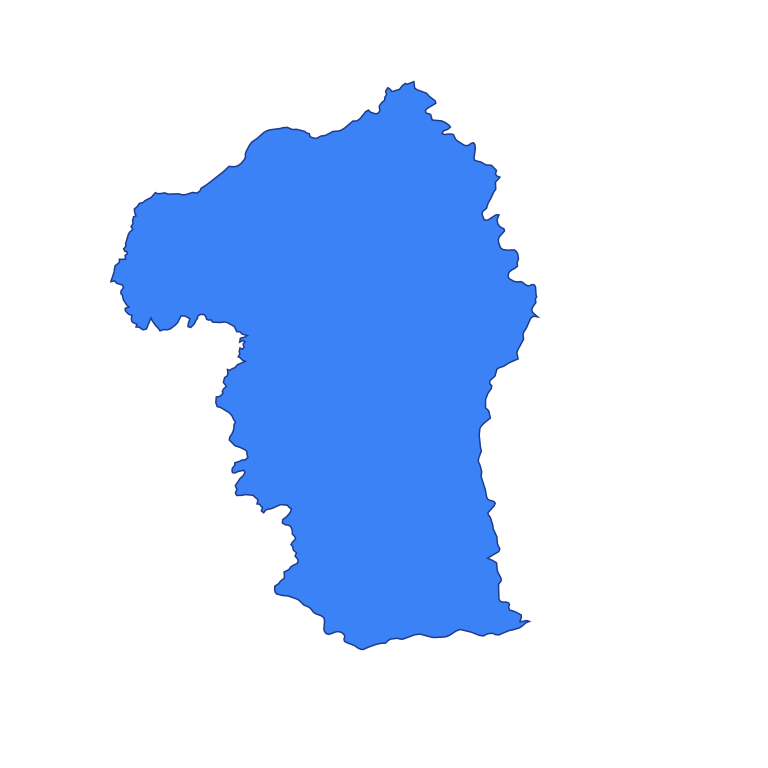 the district of Pontal do Araguaia, Mato Grosso, Brazil, rotated 63°
{"feature_id": "56859067B86336317934865", "entity_name": "Pontal do Araguaia", "entity_type": "district", "adm_level": 2, "iso_a3": "BRA", "parent_name": "Brazil", "parent_adm1": "Mato Grosso", "projection": "equal_earth", "projection_center": [-52.708, -15.917], "detail": "fine", "context": "isolated", "style": "filled", "palette": "blue", "viewbox_px": 768, "rotation_deg": 63, "n_neighbors": 0, "source": "geoboundaries", "source_scale": "gbopen_adm2", "svg_char_len": 6170}
<svg xmlns="http://www.w3.org/2000/svg" viewBox="0 0 768 768"><g transform="rotate(63 384 384)"><path d="M325.9,205.9L323.6,207.1L320.9,213.1L318.5,216.6L316.3,218.1L313.9,218.2L309.8,217.6L307.5,216.7L305.4,214.8L302.3,207.1L300.2,206.7L296.8,209.2L293.5,209.9L289.1,208.9L285.6,204.8L284.1,207.1L285.1,217.2L283.2,220.2L277.4,219.6L275.1,217.9L274.0,212.9L270.2,209.2L267.1,204.5L262.8,199.1L261.2,196.0L254.7,193.0L252.4,186.8L249.5,189.3L247.1,189.1L244.8,186.8L237.9,189.0L235.1,193.6L229.8,197.2L228.0,199.6L225.8,201.6L223.8,201.4L215.8,195.8L211.8,194.3L209.6,194.8L209.2,197.4L209.7,200.9L208.1,203.8L200.1,208.6L198.0,209.1L193.3,208.9L191.4,211.2L189.0,217.1L187.4,218.6L185.5,216.3L186.0,211.7L185.3,208.2L183.1,208.5L179.2,210.4L175.8,213.1L170.7,221.2L164.9,220.1L161.6,223.5L159.0,223.0L158.0,219.6L157.4,210.4L155.1,209.8L147.9,213.2L144.2,214.1L136.7,221.1L134.1,222.3L128.1,220.1L127.5,227.1L125.9,228.6L126.5,232.4L128.5,236.4L127.1,244.1L123.6,244.9L121.7,246.2L123.9,249.7L127.5,250.5L129.0,253.2L131.3,254.4L132.5,258.8L134.3,262.1L138.9,263.8L140.1,266.6L139.3,269.0L135.9,272.5L132.9,273.5L133.0,276.6L136.7,284.9L137.3,288.7L135.6,292.4L138.1,303.2L138.4,306.8L138.1,309.3L135.8,314.9L135.9,323.3L134.4,328.0L134.6,332.4L132.9,335.1L130.2,337.5L127.0,337.0L125.1,339.0L122.9,340.0L117.3,346.4L115.6,350.2L111.4,353.7L109.8,357.6L109.2,360.5L105.6,370.7L105.2,374.2L105.4,377.1L107.6,385.6L108.4,391.9L109.9,395.1L114.5,401.6L116.4,403.3L118.4,404.1L120.5,406.3L122.6,411.2L123.2,415.2L122.6,418.2L121.3,420.9L119.7,423.3L121.8,430.3L123.5,438.9L125.9,451.3L126.6,458.2L128.6,460.7L128.9,464.1L126.4,467.6L125.4,474.0L124.1,477.6L121.4,480.5L116.8,490.1L114.2,492.5L112.9,496.6L111.6,499.4L109.7,500.8L112.1,506.8L112.1,513.4L112.9,516.4L112.0,520.0L113.8,523.1L114.8,527.1L118.2,528.3L121.7,528.7L121.3,531.2L124.2,533.8L127.2,534.9L128.9,537.9L132.1,537.6L133.3,541.9L134.9,544.1L141.6,550.5L144.2,551.5L145.3,554.6L148.0,554.7L149.5,553.0L151.4,553.4L152.0,556.4L155.3,557.4L154.2,560.5L152.7,563.2L155.5,564.5L156.5,569.7L158.5,571.5L161.2,573.2L168.8,580.9L169.9,577.2L173.0,576.4L177.0,572.2L180.0,572.4L181.7,576.1L184.0,577.4L186.4,576.8L190.5,578.0L196.9,577.4L199.6,576.3L199.1,580.3L201.2,581.2L204.0,580.6L206.5,579.4L208.4,577.4L211.2,579.6L213.4,580.2L215.4,579.7L218.7,577.0L220.6,579.1L222.2,576.4L226.3,574.2L227.2,570.8L219.4,561.7L221.9,561.8L228.2,561.0L231.2,560.0L235.0,559.4L235.5,555.6L237.3,552.5L237.9,549.4L236.8,543.4L235.7,540.1L231.1,533.8L233.3,530.3L237.8,527.3L241.1,530.8L243.9,532.6L245.9,530.5L244.2,525.5L242.0,522.8L240.9,520.5L239.0,519.1L238.6,516.5L240.1,513.1L243.0,512.1L245.7,512.7L247.4,511.3L248.4,509.0L251.1,508.6L255.1,501.6L256.1,498.2L257.9,495.9L264.8,491.2L270.5,491.5L272.0,488.7L275.2,487.7L278.8,483.8L279.0,487.1L278.0,491.2L281.2,493.6L281.2,490.1L283.2,488.6L284.4,491.4L287.8,492.1L288.7,494.6L286.5,495.9L289.1,498.2L291.9,498.8L293.6,501.6L295.3,500.2L298.2,499.5L300.8,497.3L300.3,505.8L301.8,509.7L301.4,512.3L301.8,515.1L300.0,516.9L303.9,518.4L305.7,520.2L305.9,523.1L309.6,526.4L314.5,525.5L315.6,529.3L317.2,531.5L319.4,531.8L320.5,536.0L319.4,539.3L324.2,542.3L328.4,542.9L330.4,540.5L339.3,535.0L343.1,533.9L347.5,534.1L350.4,533.6L352.0,536.0L355.0,537.7L357.7,540.0L359.5,542.3L361.3,545.5L363.6,547.3L371.3,544.8L375.7,540.6L380.0,537.4L381.9,536.9L384.4,538.0L387.6,538.6L388.5,542.3L387.3,544.9L387.3,547.9L386.5,552.7L388.8,554.1L390.2,557.3L392.2,558.8L394.2,559.2L395.7,557.0L395.7,553.5L397.4,547.9L399.8,548.2L401.8,551.1L402.8,555.0L407.1,562.7L411.0,562.9L413.7,565.9L416.4,565.9L418.4,561.8L419.8,557.4L423.6,551.3L430.0,548.9L433.2,551.6L434.7,549.3L436.7,549.2L439.0,548.3L441.4,550.9L444.1,549.7L442.5,546.2L444.0,540.6L444.5,530.8L448.2,525.1L451.3,524.4L453.0,523.1L455.3,525.2L456.6,527.5L458.1,531.4L458.8,535.6L461.6,537.7L464.7,535.8L466.2,533.4L468.5,531.8L472.8,532.2L476.2,533.8L479.1,532.8L482.0,533.1L483.2,536.9L484.8,539.8L487.4,539.1L490.7,540.2L494.7,538.6L496.8,541.3L500.7,540.5L502.8,540.8L504.5,543.1L504.3,546.6L504.6,549.9L506.2,553.1L506.1,558.4L510.4,560.0L511.9,561.6L512.6,565.7L514.1,568.5L514.6,573.1L517.0,574.5L519.9,575.5L522.3,575.0L526.4,570.4L528.6,566.8L530.7,564.3L536.4,559.0L538.3,557.8L544.5,555.8L548.4,552.5L550.6,551.4L555.3,550.4L557.3,549.5L562.0,545.2L564.1,544.0L566.1,543.9L568.2,544.6L575.4,549.0L577.5,549.3L579.8,549.0L581.9,547.2L582.6,543.6L582.7,540.9L583.6,537.5L586.0,534.6L589.2,533.4L591.2,533.5L593.1,535.5L595.4,536.0L597.8,534.4L603.5,529.1L607.1,527.3L609.6,525.4L611.1,523.1L611.4,517.3L612.5,508.9L613.9,503.8L615.6,500.2L614.5,497.2L614.2,494.1L616.6,487.6L618.5,485.5L619.9,483.1L621.4,470.3L623.3,465.3L630.9,456.9L632.6,454.6L636.8,445.0L637.6,442.2L637.6,439.5L636.8,431.8L637.2,427.7L644.8,418.8L651.2,413.2L653.6,409.9L653.6,405.1L655.3,400.5L658.0,398.4L659.7,395.5L660.4,385.0L661.7,380.0L662.8,374.0L662.3,370.2L661.2,366.4L661.5,362.3L659.4,364.4L658.5,368.2L657.5,370.8L654.2,367.5L652.0,366.6L645.9,371.0L642.4,374.7L639.4,374.3L637.4,372.2L635.4,372.5L633.9,374.0L632.3,377.0L630.7,378.9L628.0,379.3L614.6,373.0L612.4,368.8L610.0,367.9L603.6,368.0L600.8,367.5L594.5,364.9L590.4,367.4L586.2,370.8L585.4,357.9L583.6,355.7L578.0,355.5L571.2,352.8L562.4,352.4L559.3,351.2L553.0,350.1L550.7,349.8L547.8,350.5L545.9,349.7L542.6,341.3L540.8,339.0L538.6,339.4L534.3,343.8L531.5,343.9L523.7,341.6L510.6,339.5L506.4,336.7L499.8,335.3L495.6,335.1L492.5,332.8L488.0,327.7L483.6,326.6L472.6,322.3L467.2,318.8L465.5,316.3L464.0,311.4L462.7,304.7L455.5,302.9L451.3,304.3L444.0,300.6L439.6,295.8L436.7,290.4L434.4,288.7L431.8,289.7L429.0,288.0L427.3,281.5L422.0,276.6L421.8,273.6L422.5,269.5L421.9,262.5L422.5,253.1L416.6,251.5L414.5,249.5L407.5,239.3L403.3,237.8L401.3,236.1L398.7,231.6L392.0,223.5L391.5,219.7L394.0,216.6L387.4,219.2L384.5,218.5L382.3,215.5L380.5,211.8L377.0,210.5L375.6,208.4L373.1,207.9L366.6,205.0L364.1,205.0L362.6,206.8L362.4,210.6L359.8,212.9L356.5,214.2L354.7,215.9L353.5,219.2L351.5,221.6L347.1,224.6L344.2,224.5L341.3,222.1L340.3,218.3L340.4,215.1L339.6,211.6L336.2,210.2L333.7,207.5L329.0,205.8L325.9,205.9Z" fill="#3b82f6" stroke="#1e3a8a" stroke-width="1.5"/></g></svg>